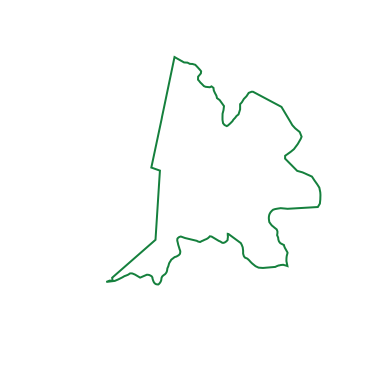 the district of Nola, Sangha-Mbaéré, Central African Republic, rotated 52°
{"feature_id": "33826404B1885733015759", "entity_name": "Nola", "entity_type": "district", "adm_level": 2, "iso_a3": "CAF", "parent_name": "Central African Republic", "parent_adm1": "Sangha-Mbaéré", "projection": "mercator", "projection_center": [16.137, 3.336], "detail": "fine", "context": "isolated", "style": "outline", "palette": "green", "viewbox_px": 384, "rotation_deg": 52, "n_neighbors": 0, "source": "geoboundaries", "source_scale": "gbopen_adm2", "svg_char_len": 3066}
<svg xmlns="http://www.w3.org/2000/svg" viewBox="0 0 384 384"><g transform="rotate(52 192 192)"><path d="M253.7,88.0L244.6,92.8L240.1,96.1L229.0,97.4L223.0,98.1L220.8,96.3L221.1,89.5L221.0,85.3L219.3,79.1L217.1,73.7L215.9,71.6L211.1,70.2L205.3,71.5L201.1,71.8L197.5,71.3L180.0,69.1L150.6,82.2L149.7,83.3L148.8,86.3L150.1,90.1L150.6,93.9L151.9,97.2L152.2,98.5L152.4,100.0L156.5,103.2L159.5,107.6L159.5,110.1L160.1,112.3L160.5,115.0L161.1,116.5L161.5,119.6L161.7,122.7L161.5,124.0L159.3,125.1L157.0,125.2L154.0,123.6L151.8,121.9L149.1,119.7L146.9,116.8L144.0,113.9L136.6,113.6L133.4,114.5L131.2,113.5L127.8,112.9L125.4,112.3L123.2,111.0L120.8,111.6L120.4,113.5L117.5,116.5L115.9,117.4L113.0,117.7L110.9,118.0L108.9,118.0L107.2,118.1L104.9,116.2L104.0,112.0L102.5,110.5L101.0,110.5L96.7,110.8L93.8,111.1L91.3,112.9L89.7,114.8L87.3,115.9L85.0,118.5L74.9,122.7L79.8,128.5L105.6,159.0L108.9,162.9L114.1,169.1L115.8,171.0L147.7,209.0L155.4,204.1L162.0,210.0L207.2,250.2L210.4,307.7L212.7,309.0L213.0,309.2L212.4,310.1L211.7,310.8L211.3,311.2L211.1,311.5L210.1,314.9L214.5,307.6L215.5,303.9L216.4,299.4L216.7,297.1L217.4,294.9L217.9,293.0L218.0,291.0L219.1,289.5L219.6,289.1L221.9,287.8L227.5,285.6L227.6,285.4L229.4,278.5L230.2,277.6L231.1,276.8L232.5,276.1L233.6,275.7L234.9,275.8L235.7,276.3L236.9,276.8L238.4,277.3L239.7,277.6L241.0,277.6L242.3,277.2L243.2,276.5L244.1,275.5L244.1,274.4L243.7,272.7L243.2,271.6L242.6,270.6L241.7,269.7L240.8,268.7L240.2,267.4L240.1,266.1L240.1,264.9L240.2,263.8L239.9,262.5L239.6,261.6L238.8,260.3L238.0,259.4L237.0,258.4L236.0,256.5L234.1,253.9L233.6,252.7L233.2,251.5L232.6,250.1L232.6,247.3L232.6,245.8L233.3,243.9L233.6,241.5L233.5,240.3L233.2,239.4L231.9,238.0L230.8,237.4L229.4,237.0L228.2,236.5L226.6,235.9L225.0,235.3L224.0,234.8L222.5,234.1L221.3,233.6L219.9,232.4L219.6,231.6L219.6,229.8L220.2,228.2L224.0,225.8L233.4,218.3L234.8,217.7L236.4,216.4L236.7,214.5L237.1,213.1L237.4,211.6L238.0,209.5L238.2,207.8L238.1,206.4L237.9,205.2L239.2,204.0L247.0,201.0L248.4,200.2L250.7,199.4L251.6,198.3L252.0,196.7L252.0,194.9L251.7,193.4L250.6,192.5L249.6,191.4L247.9,190.3L247.0,189.6L247.6,189.1L262.3,185.0L264.1,185.3L266.8,186.1L269.8,187.9L272.1,189.7L274.4,190.6L276.2,190.7L278.6,189.4L281.0,189.0L283.0,188.9L285.3,188.6L289.6,187.6L292.6,186.1L295.5,182.9L302.3,172.5L302.4,172.0L302.6,171.0L302.9,170.0L303.2,169.0L303.7,168.2L304.0,167.4L304.5,166.5L305.0,165.8L305.4,165.0L305.9,164.7L306.2,164.5L306.9,163.9L307.6,163.4L308.3,162.9L309.1,162.4L304.5,160.1L302.2,158.2L300.7,156.7L298.9,154.3L298.5,154.0L294.6,153.4L293.2,153.2L291.4,152.7L290.5,152.2L286.7,153.9L284.5,153.9L282.6,153.2L281.0,152.2L278.4,151.5L277.0,150.0L275.6,148.9L273.6,148.3L270.7,149.0L269.2,149.3L267.5,149.7L265.5,149.7L263.3,149.6L261.0,148.3L259.8,147.5L258.5,146.3L257.3,144.8L256.4,142.8L256.0,140.8L255.9,139.0L256.6,137.1L257.9,134.6L259.3,132.1L260.9,130.4L262.3,128.9L264.1,127.0L281.3,102.1L279.9,98.4L277.0,95.6L273.4,92.6L271.2,91.1L267.0,89.0L263.1,88.6L258.4,88.4L253.7,88.0Z" fill="none" stroke="#15803d" stroke-width="2"/></g></svg>